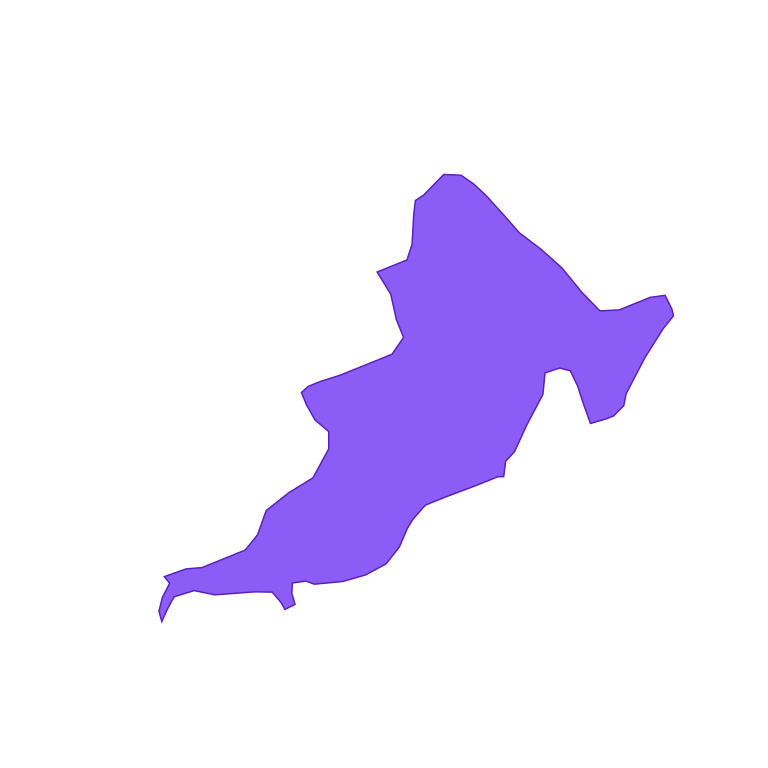 Kruševo, orthographic projection, rotated 68°
{"feature_id": "MKD-2942", "entity_name": "Kruševo", "entity_type": "Statistical Region", "adm_level": 1, "iso_a3": "MKD", "parent_name": "North Macedonia", "parent_adm1": "", "projection": "orthographic", "projection_center": [21.26, 41.341], "detail": "fine", "context": "isolated", "style": "filled", "palette": "violet", "viewbox_px": 768, "rotation_deg": 68, "n_neighbors": 0, "source": "natural_earth", "source_scale": "10m", "svg_char_len": 1282}
<svg xmlns="http://www.w3.org/2000/svg" viewBox="0 0 768 768"><g transform="rotate(68 384 384)"><path d="M422.4,89.0L429.2,90.0L437.4,104.6L457.3,132.2L483.8,163.2L493.9,169.8L499.6,183.1L499.6,190.8L497.9,207.4L473.1,206.3L458.1,205.2L441.6,206.3L435.0,215.1L434.1,230.6L453.3,240.6L475.6,267.1L495.5,288.1L501.3,300.2L514.7,307.7L512.6,313.5L512.6,336.7L511.8,369.9L511.8,390.9L520.0,407.5L526.6,416.4L540.8,430.7L551.6,449.5L554.1,472.7L551.7,495.9L547.5,510.3L543.5,523.6L537.5,530.2L534.2,543.5L543.5,547.9L555.0,549.0L555.9,560.4L548.4,561.2L535.1,565.6L528.5,581.1L516.1,619.8L504.4,637.5L502.7,658.4L511.9,669.5L521.0,679.0L510.4,677.8L498.8,669.4L488.5,657.4L480.3,659.8L481.3,636.7L486.0,621.7L486.0,593.9L486.0,574.8L476.4,557.7L457.2,540.6L449.1,512.8L444.4,485.0L423.4,459.5L407.4,453.1L391.3,461.5L373.7,463.7L360.9,463.7L357.8,455.1L357.8,442.3L359.4,421.0L359.4,391.1L359.4,365.5L348.2,348.4L328.9,348.4L303.2,344.1L277.6,348.4L277.6,333.4L277.6,316.3L264.9,305.6L237.7,292.8L225.6,286.1L223.7,276.5L212.1,250.1L216.3,240.8L219.3,234.4L232.0,226.0L247.4,218.8L273.5,209.2L294.3,202.0L318.5,187.6L320.4,186.7L342.9,175.6L373.6,166.0L397.1,156.4L403.4,138.3L403.4,117.9L403.4,104.6L407.1,90.2L422.4,89.0Z" fill="#8b5cf6" stroke="#5b21b6" stroke-width="1.5"/></g></svg>